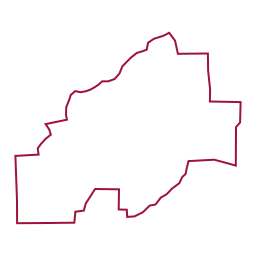 Nova Bréscia, Rio Grande do Sul, Brazil (Natural Earth projection)
{"feature_id": "56859067B97551454910446", "entity_name": "Nova Bréscia", "entity_type": "district", "adm_level": 2, "iso_a3": "BRA", "parent_name": "Brazil", "parent_adm1": "Rio Grande do Sul", "projection": "natural_earth1", "projection_center": [-52.037, -29.217], "detail": "fine", "context": "isolated", "style": "outline", "palette": "rose", "viewbox_px": 256, "rotation_deg": 0, "n_neighbors": 0, "source": "geoboundaries", "source_scale": "gbopen_adm2", "svg_char_len": 925}
<svg xmlns="http://www.w3.org/2000/svg" viewBox="0 0 256 256"><path d="M228.8,163.6L235.8,165.6L236.0,127.1L240.1,122.5L240.6,102.1L209.9,101.5L210.1,89.4L208.1,70.4L207.9,53.5L177.9,53.8L175.1,40.8L169.2,32.8L163.3,35.8L153.9,38.8L148.1,42.7L146.7,49.7L142.4,51.3L136.9,52.9L130.8,57.7L125.8,62.8L122.4,66.3L119.4,73.6L114.6,79.0L108.3,81.3L102.2,81.3L98.5,84.7L94.7,87.2L90.4,89.6L85.8,91.3L80.5,92.2L75.3,91.1L70.8,94.9L68.9,100.7L66.3,107.0L66.0,114.6L66.9,119.7L45.6,124.1L49.3,129.6L50.8,134.7L45.6,138.8L40.9,144.0L37.7,148.4L38.6,154.6L15.4,155.9L17.0,200.6L17.1,223.2L48.1,223.0L74.3,222.7L75.4,211.7L83.8,210.6L85.8,203.4L90.5,196.2L95.1,189.0L119.0,189.3L118.7,209.5L126.8,209.7L127.2,216.9L134.5,216.4L142.9,212.2L149.7,205.6L155.5,204.5L160.8,197.6L166.7,194.2L172.2,188.4L179.3,183.2L182.2,177.1L185.6,173.9L186.7,168.3L188.5,161.1L214.2,159.7L228.8,163.6Z" fill="none" stroke="#9f1239" stroke-width="2"/></svg>